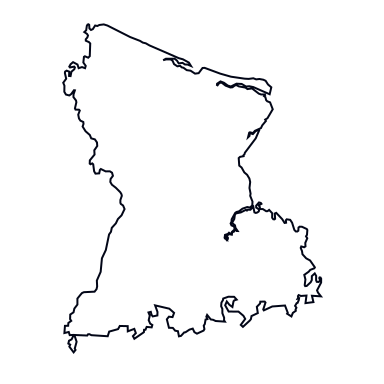 the district of San Félix, Chiriquí, Panama, rotated 182°
{"feature_id": "35544464B1884855613124", "entity_name": "San Félix", "entity_type": "district", "adm_level": 2, "iso_a3": "PAN", "parent_name": "Panama", "parent_adm1": "Chiriquí", "projection": "robinson", "projection_center": [-81.909, 8.256], "detail": "fine", "context": "isolated", "style": "outline", "palette": "ink", "viewbox_px": 384, "rotation_deg": 182, "n_neighbors": 0, "source": "geoboundaries", "source_scale": "gbopen_adm2", "svg_char_len": 5927}
<svg xmlns="http://www.w3.org/2000/svg" viewBox="0 0 384 384"><g transform="rotate(182 192 192)"><path d="M157.1,86.6L152.0,88.6L146.2,88.7L143.6,86.0L145.9,85.2L146.7,84.2L147.6,78.5L150.7,80.6L153.4,83.8L154.9,79.9L151.2,73.8L141.4,74.1L136.3,70.1L134.4,67.0L138.6,60.9L136.4,59.0L129.7,65.6L128.7,67.0L128.2,70.1L122.0,73.3L123.2,79.5L120.1,82.9L119.9,84.8L115.5,85.0L114.7,84.1L116.7,77.1L116.1,76.2L107.8,80.4L95.1,81.8L92.1,74.7L92.7,73.7L88.3,71.1L87.0,74.7L84.1,76.9L84.4,78.2L83.6,80.0L85.0,81.8L83.5,84.6L82.6,84.9L81.5,87.8L81.3,89.5L82.7,89.1L82.2,90.1L82.5,91.6L81.8,92.7L79.5,91.9L74.0,92.5L74.7,84.9L66.8,86.2L68.5,92.5L59.5,92.2L62.6,95.9L63.6,98.1L59.8,106.0L59.9,109.9L60.6,111.0L61.5,111.1L61.8,110.4L61.0,108.5L61.5,107.2L62.4,106.5L64.2,106.6L64.9,108.2L65.0,112.5L66.5,114.9L69.3,112.1L69.2,108.2L70.2,106.0L74.1,102.1L75.6,101.9L76.1,102.9L75.6,108.6L76.9,113.1L72.6,116.4L71.1,118.3L67.1,120.0L66.6,121.0L71.6,127.7L75.6,129.7L79.4,133.6L80.0,136.8L81.4,139.9L80.9,141.4L78.0,140.7L76.7,141.6L77.0,145.1L75.2,149.8L76.5,151.7L75.6,153.2L75.4,158.0L76.0,159.0L80.9,161.1L83.2,161.1L84.3,160.2L84.4,157.0L85.4,156.2L86.9,156.2L88.4,157.7L90.9,164.8L92.9,167.6L96.4,168.0L97.2,167.0L96.9,164.6L98.4,164.3L100.9,168.0L107.1,174.1L108.5,173.4L108.0,168.1L108.7,167.5L109.8,167.6L111.0,169.1L111.1,173.6L114.3,176.8L115.8,175.5L117.2,175.4L120.6,177.4L123.9,177.3L123.6,179.2L124.8,180.9L122.2,182.6L122.9,183.5L124.7,183.9L127.4,180.6L127.3,178.7L125.2,177.5L124.3,176.2L124.6,174.9L126.0,173.8L127.5,173.3L128.9,173.8L130.2,179.4L133.0,176.3L136.0,176.2L136.5,175.4L137.6,176.0L142.5,173.3L147.5,172.1L148.4,170.4L148.8,166.5L150.9,162.5L147.9,160.2L147.3,157.7L145.0,154.6L145.9,154.6L146.9,156.5L148.6,153.9L150.4,153.1L150.7,150.7L153.5,151.2L154.6,150.3L156.9,150.1L157.2,148.7L155.3,148.6L154.5,147.5L154.5,146.4L155.5,145.1L157.2,147.0L158.4,146.6L156.9,147.6L155.3,146.0L155.6,148.0L157.7,148.4L157.5,150.3L154.6,151.4L153.6,152.6L151.3,151.2L150.7,153.5L148.1,156.1L148.7,159.0L151.4,160.0L152.3,161.9L151.5,163.6L151.4,166.1L148.1,172.6L146.8,173.6L144.4,174.3L141.0,177.1L136.3,178.9L133.5,178.5L131.3,180.7L131.2,184.5L133.7,190.2L133.4,192.4L134.7,198.0L134.2,204.0L135.1,207.4L137.5,211.1L140.4,213.4L143.3,218.2L145.7,220.0L146.5,227.5L145.2,228.8L141.7,229.6L141.9,230.4L140.9,231.5L140.5,233.1L130.2,247.8L127.0,256.0L127.8,256.5L130.7,254.9L133.2,252.0L136.3,252.9L136.5,250.0L137.9,248.6L136.9,253.3L136.2,253.7L133.1,253.0L131.3,255.3L125.3,258.3L124.1,261.1L120.6,265.6L121.4,266.9L119.2,268.3L114.2,277.5L117.1,284.3L120.0,285.3L121.1,286.4L122.0,289.4L123.3,290.3L122.3,291.4L122.6,292.0L126.4,291.9L128.6,292.6L135.6,297.6L140.2,296.8L142.2,298.2L148.9,299.2L151.4,300.4L153.0,299.9L155.2,298.1L157.3,297.8L162.2,299.5L166.1,302.3L168.5,302.0L170.2,299.5L170.8,299.8L170.7,301.1L167.4,303.5L163.9,302.3L159.9,299.6L156.8,298.8L151.3,301.8L146.1,301.7L141.7,299.3L138.5,299.7L134.4,299.0L117.8,292.4L116.4,299.4L119.8,302.1L122.3,305.7L124.6,306.7L128.6,307.3L131.8,306.8L134.7,307.8L139.3,307.0L143.4,307.1L157.1,308.6L168.0,311.3L183.7,316.5L185.8,316.3L189.5,311.0L193.1,310.4L197.7,313.2L201.5,313.6L204.9,315.9L206.6,316.2L208.3,317.7L211.0,317.1L214.4,319.2L216.0,322.5L218.0,323.8L222.5,323.6L225.4,322.7L222.7,324.3L214.0,324.6L211.6,322.8L209.8,320.1L205.9,320.7L203.5,319.2L200.8,319.2L197.4,317.9L199.6,321.2L205.7,324.3L209.9,325.3L239.6,337.0L243.4,339.0L246.4,339.6L249.2,341.2L259.2,344.7L282.3,355.4L286.0,356.4L290.4,355.7L292.4,354.6L294.6,355.0L296.8,351.3L298.6,350.4L300.2,351.8L300.6,355.5L301.3,356.0L302.2,355.7L302.9,354.4L303.4,349.9L305.2,348.1L302.4,346.3L301.4,344.8L302.0,342.8L303.5,340.9L303.4,339.5L300.2,338.2L298.9,336.9L298.9,324.2L300.4,322.6L303.8,323.9L304.7,323.3L305.1,317.6L302.6,314.3L303.2,312.0L306.3,313.0L309.6,311.8L310.9,315.4L315.4,317.6L317.8,315.4L319.0,313.0L318.3,312.2L314.1,313.2L313.4,312.4L313.9,310.6L316.7,308.0L317.4,303.6L318.9,303.7L318.9,308.0L321.5,308.9L323.0,307.9L323.2,306.5L321.7,300.8L324.5,296.7L323.2,293.8L323.1,287.7L321.4,285.0L318.0,284.2L316.1,285.7L313.5,289.6L312.6,289.5L313.8,285.4L313.8,282.7L311.1,279.4L310.7,277.6L311.9,271.5L311.3,270.3L307.8,270.3L307.0,269.5L308.4,265.3L307.5,261.5L306.0,259.4L303.1,258.2L302.8,256.3L303.6,253.6L300.5,249.0L296.1,245.4L294.6,242.1L290.9,241.2L288.7,238.2L288.3,234.7L291.1,230.3L290.7,226.0L295.2,220.1L295.2,216.8L294.4,216.2L292.7,217.1L291.7,216.2L290.5,209.2L289.1,207.0L285.4,207.4L284.8,210.9L283.9,211.8L279.0,209.6L274.8,209.8L272.6,208.5L271.6,205.4L273.8,202.2L274.0,199.2L272.3,196.5L268.3,193.6L263.6,189.2L262.4,187.3L262.0,185.7L263.3,181.5L263.2,178.7L262.7,177.6L260.4,176.1L258.8,172.6L261.6,166.2L265.1,162.4L267.0,158.0L270.9,153.4L271.6,149.4L273.4,146.7L276.1,131.0L279.7,122.6L280.5,109.0L284.0,100.2L283.5,94.3L284.0,91.6L285.9,89.0L296.5,88.1L298.4,87.2L299.8,85.5L302.8,81.5L302.6,75.5L305.5,71.4L306.2,67.6L309.4,65.3L309.4,60.7L308.2,59.0L311.0,56.8L311.1,54.0L314.3,53.8L314.6,46.6L310.3,47.8L309.2,44.7L305.8,45.0L305.9,43.4L307.2,40.5L309.7,39.1L310.3,36.2L308.4,35.2L309.2,33.2L304.7,27.6L302.9,30.1L303.7,31.4L302.1,38.3L304.6,45.0L291.7,44.9L290.9,46.2L289.5,46.3L287.6,45.4L271.2,44.9L269.9,49.6L261.1,52.4L259.5,55.6L251.6,55.7L251.3,50.5L244.9,53.2L243.2,49.0L246.0,45.9L244.5,43.3L235.2,50.2L235.1,52.6L233.7,52.7L232.6,55.6L227.6,55.3L227.0,57.7L229.2,59.0L230.8,62.4L229.9,67.0L231.3,70.1L229.0,70.8L228.2,68.0L226.9,66.3L222.3,67.4L222.3,70.9L224.9,77.4L210.6,74.6L205.7,70.6L207.1,66.3L210.7,66.6L212.7,63.9L210.3,55.5L206.4,55.5L204.0,52.8L201.2,52.4L200.0,47.3L198.0,47.8L194.9,51.4L193.6,51.6L189.7,54.4L186.5,55.5L184.7,52.0L182.1,50.6L175.6,53.9L174.8,55.4L175.6,58.8L174.6,60.5L174.0,65.0L172.2,65.5L173.3,67.9L172.6,69.7L168.8,65.3L166.4,65.0L163.9,63.9L154.6,63.6L155.5,64.9L155.5,67.5L157.4,71.9L157.6,76.3L158.9,78.9L158.7,82.5L157.3,85.0L157.1,86.6Z" fill="none" stroke="#020617" stroke-width="2"/></g></svg>